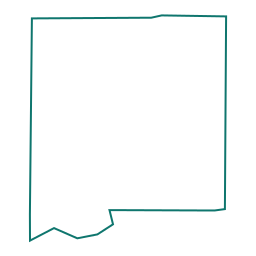 Johnson, Illinois, United States of America (Mercator projection)
{"feature_id": "52423323B78964381261335", "entity_name": "Johnson", "entity_type": "district", "adm_level": 2, "iso_a3": "USA", "parent_name": "United States of America", "parent_adm1": "Illinois", "projection": "mercator", "projection_center": [-88.906, 37.447], "detail": "fine", "context": "isolated", "style": "outline", "palette": "teal", "viewbox_px": 256, "rotation_deg": 0, "n_neighbors": 0, "source": "geoboundaries", "source_scale": "gbopen_adm2", "svg_char_len": 283}
<svg xmlns="http://www.w3.org/2000/svg" viewBox="0 0 256 256"><path d="M31.9,18.4L29.9,214.5L30.0,240.6L54.0,228.1L77.3,238.3L97.4,234.4L113.0,224.3L109.5,210.1L214.5,210.5L224.9,209.1L226.1,16.4L161.7,15.4L151.3,17.7L31.9,18.4Z" fill="none" stroke="#0f766e" stroke-width="2"/></svg>